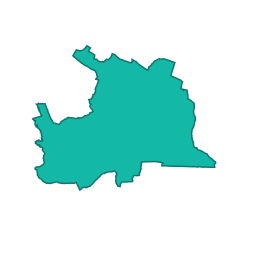 Murgesti, Buzau, Romania (Albers equal-area conic projection), rotated 197°
{"feature_id": "2599482B22144330012024", "entity_name": "Murgesti", "entity_type": "district", "adm_level": 2, "iso_a3": "ROU", "parent_name": "Romania", "parent_adm1": "Buzau", "projection": "albers", "projection_center": [26.887, 45.4], "detail": "fine", "context": "isolated", "style": "filled", "palette": "teal", "viewbox_px": 256, "rotation_deg": 197, "n_neighbors": 0, "source": "geoboundaries", "source_scale": "gbopen_adm2", "svg_char_len": 5856}
<svg xmlns="http://www.w3.org/2000/svg" viewBox="0 0 256 256"><g transform="rotate(197 128 128)"><path d="M125.9,192.7L125.8,192.0L125.8,191.0L126.1,189.0L126.3,189.0L134.8,191.5L138.5,193.0L138.8,193.3L139.2,193.6L139.7,193.7L140.1,194.0L141.2,193.9L144.1,194.8L143.6,193.1L143.6,191.6L144.7,191.2L146.2,191.1L155.7,191.5L157.0,191.8L157.5,192.2L159.1,192.8L161.8,194.2L162.6,194.4L164.8,194.4L164.7,193.6L164.9,192.9L164.9,191.6L165.4,189.7L165.5,189.1L165.9,188.7L166.1,188.8L166.3,188.2L166.6,187.7L167.8,187.4L168.8,187.4L169.1,186.7L169.4,186.1L169.6,185.9L170.3,184.5L170.3,184.1L171.8,184.1L172.9,183.3L175.3,183.3L175.9,183.2L176.4,183.3L176.7,183.8L178.1,184.5L180.6,184.0L181.1,187.9L181.2,188.1L181.5,188.2L184.4,189.0L188.3,189.9L188.1,191.1L187.3,193.6L191.3,194.7L192.1,192.4L194.0,189.1L194.2,188.8L197.3,187.7L198.8,187.6L200.2,187.7L201.8,181.1L201.8,180.9L201.7,180.8L191.2,176.4L189.8,176.1L188.2,175.5L187.1,175.2L185.1,175.0L182.6,174.4L180.4,173.5L179.7,173.6L179.3,173.5L179.2,173.3L176.8,173.4L175.9,172.8L175.6,172.4L174.2,171.3L173.6,169.7L172.8,168.7L172.0,167.9L172.1,167.1L172.7,166.6L172.8,166.1L173.1,165.7L173.0,165.2L172.4,165.4L170.0,165.2L170.3,159.3L170.7,157.0L170.5,155.0L169.7,153.8L169.8,152.9L170.0,152.7L170.0,152.0L169.8,151.8L169.9,150.8L170.1,150.1L170.8,150.1L171.3,149.5L170.8,147.9L171.3,147.2L171.0,145.7L171.3,145.0L172.9,144.3L173.8,143.7L173.2,143.2L172.6,142.2L172.6,141.7L172.4,141.6L171.8,140.5L171.7,140.4L170.9,140.3L170.3,139.9L170.8,139.5L170.9,138.8L170.8,137.6L170.4,137.0L168.5,135.5L167.9,135.2L167.3,134.7L166.3,133.5L167.6,132.1L168.8,131.4L168.9,131.1L168.9,130.1L169.5,129.3L171.4,127.7L172.4,127.3L173.0,127.0L173.9,125.5L174.6,124.7L177.8,123.0L177.9,123.3L178.1,123.5L178.7,123.4L179.2,122.5L180.1,121.8L183.0,121.6L185.9,121.0L188.4,120.6L189.2,119.8L189.4,119.2L189.6,118.5L190.4,118.3L190.9,118.1L191.8,116.9L192.3,116.0L192.9,115.6L193.7,114.5L194.9,111.2L200.9,111.1L204.5,114.5L206.7,116.9L209.6,120.6L209.8,121.4L210.0,121.6L211.5,123.0L212.8,124.8L213.6,125.7L214.1,126.9L217.4,126.1L220.7,125.0L221.0,125.3L221.1,125.1L221.3,124.5L221.6,124.1L222.4,123.9L221.5,123.4L219.8,121.5L220.1,121.1L219.8,120.9L219.1,120.8L218.4,120.0L219.0,119.6L218.2,118.6L217.8,118.3L217.5,118.3L215.9,116.3L214.1,114.4L219.6,110.5L221.5,109.4L221.8,108.8L221.1,108.5L219.7,107.5L219.1,108.0L218.8,108.0L218.5,107.8L218.4,107.4L218.6,107.2L218.2,106.2L218.3,105.2L217.9,104.2L217.5,103.6L216.3,102.5L215.9,104.2L215.2,103.8L214.8,102.1L214.0,101.5L213.4,101.5L210.4,99.5L210.7,98.7L209.1,97.6L209.0,97.0L209.1,96.6L208.9,96.1L207.9,95.5L207.6,94.9L208.1,94.0L207.6,93.4L207.7,92.6L207.0,91.7L206.5,92.0L206.1,91.7L206.0,91.4L206.1,90.9L206.3,90.7L206.3,90.3L206.6,90.1L207.1,89.9L207.5,89.9L208.0,90.1L208.8,89.8L209.4,89.8L209.5,90.3L209.8,90.4L211.1,89.3L211.6,89.0L211.9,88.5L212.4,87.9L211.4,87.2L212.2,86.5L211.7,86.2L210.9,86.0L209.6,85.1L209.2,85.2L209.0,85.6L208.3,85.4L207.5,85.9L207.3,85.9L207.1,85.6L207.5,84.7L206.7,84.2L206.4,84.1L205.0,84.6L204.3,84.3L203.3,83.4L203.5,82.0L203.3,81.6L201.5,80.6L200.3,79.7L200.1,78.6L200.5,77.3L200.5,76.4L200.0,73.9L199.5,73.4L199.3,72.7L198.5,71.5L197.7,70.5L198.6,68.0L200.0,66.7L200.6,65.7L202.1,64.6L203.9,64.1L204.4,63.7L205.0,62.9L205.1,62.4L205.0,62.0L204.9,61.6L202.8,60.9L202.5,60.7L202.0,59.9L202.0,59.3L201.4,58.1L200.9,56.6L199.7,55.6L198.8,54.4L198.0,54.3L197.6,54.0L196.0,53.8L193.9,52.3L192.0,51.7L191.2,51.7L189.6,51.4L185.7,52.4L181.9,54.9L180.3,55.7L179.7,55.8L178.7,55.4L177.9,55.4L177.1,55.7L176.2,55.5L174.8,55.8L171.6,56.7L169.7,57.6L167.3,58.0L166.5,58.5L165.3,59.0L164.0,59.1L162.6,59.9L161.7,60.9L155.9,54.6L154.8,56.1L154.7,56.9L152.3,58.8L150.8,58.6L150.2,59.0L149.2,60.1L148.7,60.3L147.9,61.0L147.3,61.2L147.1,61.7L145.2,64.9L144.5,67.0L143.6,68.8L142.6,70.2L142.5,70.8L142.0,71.6L141.6,71.9L141.1,72.9L140.7,73.4L140.5,74.2L139.8,75.9L138.5,77.3L137.4,77.5L137.2,77.6L137.1,78.0L134.3,80.1L130.8,81.5L129.9,81.7L128.9,83.0L128.6,83.2L128.3,83.1L125.4,81.3L125.6,80.9L125.6,80.6L125.2,80.0L125.1,79.6L125.7,78.6L125.7,78.1L124.6,76.2L124.5,74.9L123.9,73.0L123.5,72.6L123.2,71.8L121.4,70.4L121.0,69.8L121.0,69.5L118.5,69.6L118.8,72.4L118.6,73.3L118.1,74.1L117.9,74.7L115.4,75.4L108.0,78.1L108.2,79.4L109.4,80.8L109.4,81.1L109.0,81.6L108.8,82.5L108.9,84.1L106.7,84.8L106.0,84.9L103.9,85.7L103.3,86.2L103.4,87.1L104.0,87.9L103.8,88.7L103.5,89.2L103.7,90.7L103.6,91.5L103.8,91.7L103.5,92.6L103.5,93.1L104.3,93.8L104.4,94.5L104.3,95.1L104.7,97.4L104.6,97.9L104.9,98.4L105.1,99.5L92.7,103.7L88.1,104.6L84.4,104.8L84.9,103.2L84.6,102.7L84.7,102.0L84.5,101.7L81.9,102.6L75.9,104.0L70.0,105.8L68.5,106.1L67.0,106.6L57.7,109.1L51.0,111.0L49.9,111.0L49.4,111.6L48.4,111.9L47.8,111.9L45.4,112.4L44.1,112.7L43.5,113.1L38.7,114.3L33.6,115.8L33.8,116.3L34.5,117.6L34.7,118.2L34.5,118.9L34.1,119.6L33.9,120.2L34.0,120.7L34.5,121.1L35.5,121.5L37.1,122.0L38.8,123.0L40.3,123.4L42.0,124.1L43.3,124.9L43.3,125.0L44.3,125.8L45.2,126.4L47.9,126.5L49.4,127.2L51.0,127.4L52.3,127.7L55.0,127.6L55.4,127.9L55.9,128.8L56.3,129.1L56.6,129.1L57.3,128.7L58.0,128.7L59.1,129.0L59.6,129.6L60.3,130.8L61.4,133.5L62.0,134.4L63.1,135.5L63.5,136.3L65.3,140.7L66.1,144.2L66.2,145.2L66.2,145.8L65.8,147.4L65.7,149.2L65.7,150.3L66.1,153.0L65.8,155.2L66.3,156.8L67.3,158.7L68.1,159.3L68.5,159.7L69.2,160.7L69.8,161.9L70.4,163.9L70.5,165.7L70.4,166.1L70.4,166.5L72.0,170.9L72.3,171.2L73.9,171.7L75.2,172.4L77.8,173.3L79.4,173.2L79.4,174.1L79.8,175.4L80.5,177.2L81.8,179.5L82.5,181.4L86.3,181.2L86.2,180.3L87.0,180.4L87.2,180.9L88.7,180.9L89.0,182.4L89.4,186.1L89.5,188.3L90.4,188.4L91.6,189.2L102.4,190.5L102.3,204.2L108.9,204.6L114.5,204.6L115.2,204.0L115.6,203.8L117.5,203.3L118.5,203.3L119.3,202.6L120.0,201.6L122.1,199.8L122.7,198.6L122.9,197.5L123.9,196.4L124.2,194.8L124.4,194.3L125.9,192.7Z" fill="#14b8a6" stroke="#0f766e" stroke-width="1.5"/></g></svg>